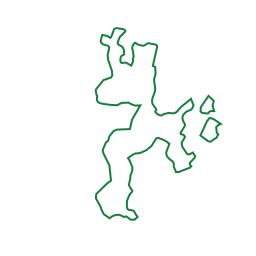 the Canton of Solothurn, rotated 127°
{"feature_id": "CHE-3426", "entity_name": "Solothurn", "entity_type": "Canton", "adm_level": 1, "iso_a3": "CHE", "parent_name": "Switzerland", "parent_adm1": "", "projection": "mercator", "projection_center": [7.597, 47.288], "detail": "fine", "context": "isolated", "style": "outline", "palette": "green", "viewbox_px": 256, "rotation_deg": 127, "n_neighbors": 0, "source": "natural_earth", "source_scale": "10m", "svg_char_len": 3183}
<svg xmlns="http://www.w3.org/2000/svg" viewBox="0 0 256 256"><g transform="rotate(127 128 128)"><path d="M96.6,116.3L98.6,116.1L99.0,115.1L99.2,113.2L99.1,111.6L98.6,110.1L98.0,109.1L97.3,108.4L95.5,107.9L91.5,104.6L89.2,100.8L87.2,99.3L85.2,98.6L83.4,98.7L78.7,98.2L66.8,95.2L70.6,89.2L73.9,88.5L75.7,88.8L79.8,91.2L83.8,91.8L86.1,91.2L87.9,90.0L89.0,88.4L89.9,86.8L90.6,85.0L91.5,84.2L92.5,83.8L99.5,83.2L100.7,82.8L101.1,82.1L100.5,80.9L100.2,79.5L100.4,77.5L101.7,76.9L107.3,76.4L110.3,73.3L113.1,65.4L112.9,64.5L112.3,63.2L108.6,61.4L110.1,57.3L112.1,56.9L118.7,57.6L119.7,56.9L120.3,56.0L120.3,54.5L122.3,54.6L132.7,61.1L133.5,62.0L134.3,63.4L133.1,64.9L132.0,67.1L131.3,68.2L130.3,69.0L129.3,69.6L128.7,70.3L128.2,71.2L127.9,72.3L127.8,76.9L127.1,79.9L125.0,82.5L123.9,83.0L118.1,84.7L115.8,85.4L115.6,88.4L115.9,91.0L116.3,93.1L117.6,97.7L118.4,98.7L119.7,99.2L128.3,98.4L134.4,99.9L139.5,102.6L141.9,104.4L143.7,106.6L145.4,107.6L146.9,108.3L152.1,109.9L152.9,107.4L156.8,100.8L159.8,98.8L164.9,97.3L166.7,95.9L172.7,93.2L173.3,92.3L174.1,90.7L175.5,86.8L176.7,86.4L178.6,86.6L181.8,86.3L186.9,84.9L191.6,81.5L193.0,79.6L192.8,77.9L192.0,76.6L191.3,75.2L190.9,73.9L190.8,73.0L192.0,70.7L193.3,66.8L197.1,67.5L199.2,70.1L199.6,71.3L199.7,72.4L199.5,73.2L199.7,76.4L201.4,77.5L202.4,82.4L203.6,84.1L205.7,86.1L208.1,87.5L211.2,88.4L211.4,95.2L209.6,99.3L206.9,103.5L203.5,111.3L201.6,112.6L199.8,113.6L184.2,111.2L182.1,110.4L180.3,109.9L169.5,119.9L168.8,120.9L162.9,132.6L161.0,134.9L152.6,137.0L150.3,136.2L145.5,137.9L138.8,137.6L135.9,135.8L127.7,125.8L118.9,129.8L102.5,131.8L106.0,136.0L106.3,137.4L107.1,140.0L107.3,142.7L111.8,148.2L116.3,150.3L120.2,156.1L123.7,162.4L125.0,165.3L125.4,167.4L125.0,168.5L124.3,169.7L123.5,170.4L121.3,171.6L119.8,173.9L117.2,176.6L115.7,176.8L104.5,176.4L97.9,171.9L95.2,172.3L91.8,175.6L85.4,185.0L81.9,188.2L75.3,191.2L74.5,192.3L74.5,193.8L75.8,197.0L76.2,198.7L76.0,200.8L75.1,202.0L73.5,202.9L69.0,204.5L66.9,199.6L66.7,196.4L66.2,196.2L64.1,196.6L57.1,198.6L56.3,198.2L54.9,197.0L53.4,193.9L52.5,192.6L51.9,191.2L51.6,190.1L52.0,188.5L52.8,188.2L55.5,188.7L57.1,188.7L59.6,189.3L60.7,189.2L65.1,188.0L66.9,186.9L67.1,185.2L66.6,181.8L67.1,180.1L68.6,177.8L71.3,175.5L72.1,175.5L73.3,176.2L74.8,176.6L76.5,176.2L79.1,174.4L80.0,172.5L79.1,171.2L78.0,170.3L77.2,169.3L76.8,167.6L76.3,163.0L72.5,163.8L71.2,164.4L69.4,166.0L67.4,166.5L66.0,168.1L63.8,170.1L61.9,172.5L60.0,173.6L57.4,174.0L55.9,173.7L55.4,173.3L55.5,172.5L55.6,171.7L55.5,170.6L53.8,166.5L53.2,165.4L52.0,164.5L49.3,163.5L48.1,162.8L47.4,161.8L46.7,159.7L45.8,158.4L44.6,155.5L45.2,153.8L63.5,145.5L62.9,143.0L68.1,138.6L73.5,136.4L75.8,134.4L78.6,131.4L80.6,129.7L82.3,128.6L90.3,126.1L92.6,124.5L94.1,122.7L95.9,117.2L96.6,116.3ZM74.2,58.1L77.9,54.7L78.4,54.1L78.7,53.1L78.7,52.1L82.6,51.5L87.3,53.3L89.2,53.7L89.9,55.0L90.3,56.1L90.4,65.7L74.9,69.0L71.0,68.9L70.4,68.0L70.1,67.2L69.3,64.3L69.0,56.3L71.0,57.6L74.2,58.1ZM54.8,75.7L59.3,73.9L62.7,69.3L62.8,69.4L64.0,71.3L64.3,71.7L64.9,72.3L65.6,72.6L66.2,72.8L67.8,72.8L68.4,73.0L68.9,73.7L71.2,77.6L71.3,78.6L71.2,79.9L67.6,82.4L53.9,83.0L54.8,75.7Z" fill="none" stroke="#15803d" stroke-width="2"/></g></svg>